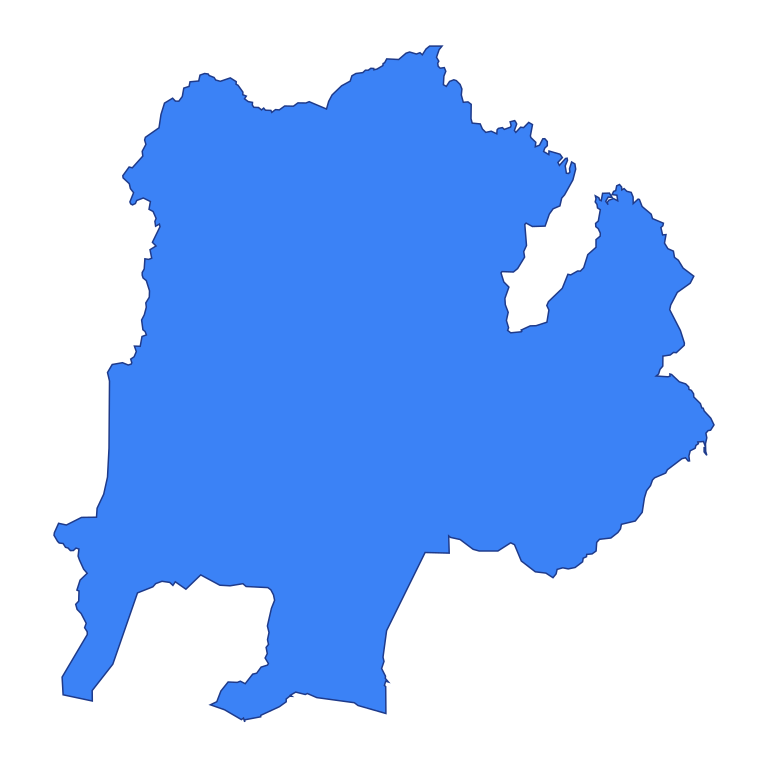 Mineral del Chico, Hidalgo, Mexico (Natural Earth projection)
{"feature_id": "50627088B7375180759148", "entity_name": "Mineral del Chico", "entity_type": "district", "adm_level": 2, "iso_a3": "MEX", "parent_name": "Mexico", "parent_adm1": "Hidalgo", "projection": "natural_earth1", "projection_center": [-98.75, 20.22], "detail": "fine", "context": "isolated", "style": "filled", "palette": "blue", "viewbox_px": 768, "rotation_deg": 0, "n_neighbors": 0, "source": "geoboundaries", "source_scale": "gbopen_adm2", "svg_char_len": 6034}
<svg xmlns="http://www.w3.org/2000/svg" viewBox="0 0 768 768"><path d="M144.9,258.8L144.2,269.0L142.2,272.5L142.2,275.2L143.1,278.0L146.3,280.6L149.5,290.8L149.3,297.2L145.8,302.9L146.3,307.2L144.3,314.8L141.6,320.0L142.9,329.7L145.1,331.5L146.4,334.9L142.0,336.5L140.2,346.3L134.4,346.1L136.3,351.6L134.1,356.8L130.7,359.1L131.8,362.7L131.2,364.1L128.2,365.0L122.5,362.7L112.2,364.5L107.5,372.5L109.5,381.0L109.0,448.2L107.5,477.1L103.7,494.2L97.1,508.2L96.5,517.2L81.5,517.4L66.4,525.0L58.6,523.3L54.4,532.6L54.0,535.3L57.6,541.4L59.2,543.0L63.1,543.5L65.5,547.3L68.0,548.0L70.4,550.6L73.4,550.5L76.0,548.1L78.9,549.0L78.1,556.1L79.5,560.1L83.6,569.1L87.2,573.3L80.1,580.1L76.9,590.1L79.0,591.0L78.7,601.1L75.7,604.3L77.1,609.4L81.1,613.5L86.2,623.3L84.6,627.7L87.2,631.7L87.3,634.5L62.1,677.1L63.1,694.8L92.3,701.0L92.2,690.5L112.8,664.2L137.5,592.9L152.9,586.8L155.7,583.6L162.0,581.3L169.7,582.4L172.9,585.4L175.3,581.8L185.9,589.2L200.7,574.9L219.8,585.2L230.1,585.8L242.9,583.7L246.1,586.5L267.9,587.6L270.9,589.9L273.5,594.9L274.6,600.3L271.4,608.4L267.4,626.0L269.0,632.5L267.5,639.7L268.5,644.4L266.1,647.4L267.3,653.6L265.1,658.0L268.4,663.5L267.5,665.1L261.1,667.1L256.7,673.2L252.7,674.1L245.2,683.7L240.3,681.2L237.3,682.4L228.1,682.0L220.9,691.0L216.8,701.7L210.4,704.8L224.6,709.8L241.4,719.6L243.5,718.1L244.7,721.9L244.8,719.8L260.7,716.8L260.8,715.3L279.4,706.7L286.2,701.8L286.2,699.0L289.7,696.2L291.9,696.3L290.4,695.2L295.7,692.1L305.3,694.5L307.3,693.5L316.8,697.6L354.3,702.7L358.0,705.5L385.9,713.5L385.7,686.6L384.4,685.4L385.7,681.2L388.4,682.0L385.3,678.4L385.5,676.2L381.6,668.5L384.0,661.4L383.0,657.2L386.6,630.6L425.1,552.5L449.2,553.1L448.7,535.9L450.5,537.4L460.1,539.5L473.1,549.3L479.2,551.0L497.9,551.0L510.7,542.8L514.5,544.7L521.3,561.0L535.3,571.8L545.9,573.1L553.0,577.7L556.1,573.9L557.1,569.4L562.8,567.8L568.2,568.9L575.1,567.5L582.6,561.8L583.2,558.2L586.5,556.7L586.7,554.4L592.1,553.9L596.1,551.0L596.7,542.4L599.5,539.3L610.9,538.0L617.9,532.5L620.5,528.9L621.4,524.3L635.3,521.0L642.2,512.3L644.4,498.0L646.6,490.7L650.5,485.6L652.5,480.0L654.6,477.8L665.7,473.0L667.4,469.7L681.9,458.7L685.5,457.8L688.2,461.0L689.5,460.9L688.9,456.0L690.2,450.8L695.2,448.2L695.9,445.4L698.4,443.7L697.8,442.0L703.5,441.5L705.2,446.2L705.2,447.8L704.1,447.7L704.1,451.9L706.8,455.3L705.7,451.4L705.5,443.7L706.8,437.8L705.9,433.2L708.1,430.6L710.6,430.2L714.0,424.9L710.8,418.2L704.2,411.0L703.2,408.2L701.8,407.9L700.4,403.6L693.8,397.0L693.6,393.8L691.4,390.4L689.0,389.4L688.7,386.9L685.7,383.9L679.3,381.8L671.6,374.5L669.9,374.0L670.0,376.2L668.0,376.8L656.2,376.0L658.6,374.0L660.0,369.4L662.8,366.1L662.9,356.1L670.2,355.0L673.5,352.4L676.3,352.7L684.2,345.3L684.4,343.1L680.4,330.5L669.7,309.7L670.7,305.0L677.3,292.4L690.2,283.2L693.8,276.2L683.1,268.1L678.3,260.2L674.5,257.4L673.4,251.1L667.9,248.7L664.5,243.1L666.0,234.6L662.6,234.9L660.9,227.5L662.9,225.7L663.4,223.2L652.5,218.6L651.2,214.2L642.1,206.5L639.4,199.5L638.1,199.1L633.2,203.6L633.1,197.0L631.2,192.4L626.8,191.3L624.1,188.6L621.8,189.9L621.6,187.0L619.5,184.5L616.7,185.8L615.7,190.6L613.6,191.4L612.1,194.6L616.9,195.2L617.7,200.8L613.6,198.6L608.9,200.2L607.0,202.8L608.2,204.7L605.7,201.3L608.2,197.1L612.1,197.4L609.4,193.1L602.6,193.3L601.2,200.7L599.6,199.9L598.9,197.8L595.3,195.8L596.0,198.9L595.2,201.9L597.0,204.4L597.5,207.9L600.3,209.7L598.3,221.0L595.6,223.4L595.8,226.7L598.2,228.6L600.3,233.1L600.2,236.1L596.0,239.6L596.0,247.3L587.8,254.6L583.7,267.7L580.4,271.1L577.6,271.0L570.7,274.9L567.9,274.3L562.3,288.3L548.5,301.6L546.8,305.5L548.9,310.0L546.9,322.2L536.1,325.7L530.2,325.9L521.2,330.0L521.9,331.0L521.2,331.8L510.7,332.8L507.6,330.4L508.6,327.8L506.4,320.5L508.2,312.3L505.3,304.7L504.9,298.4L508.9,287.1L503.8,281.9L501.0,272.9L502.0,271.6L513.4,272.0L517.6,268.6L524.6,257.1L523.7,251.6L526.5,245.5L524.8,224.4L526.1,223.1L532.4,226.5L545.1,226.1L549.3,214.1L553.1,208.8L559.9,205.9L561.7,198.1L564.6,194.8L572.9,179.9L575.7,169.1L574.9,163.9L571.6,162.0L569.5,168.8L569.9,172.1L568.5,173.5L566.4,173.2L565.2,165.9L567.5,160.3L567.1,158.2L565.5,158.5L559.4,165.4L557.9,162.4L562.4,157.6L560.0,154.2L549.0,151.0L548.8,154.6L543.6,151.5L544.7,148.2L547.3,145.7L547.3,141.5L544.8,138.7L542.8,138.8L539.5,145.2L535.3,146.8L535.8,142.3L530.8,137.5L530.4,135.8L532.5,124.6L528.7,122.4L523.6,127.6L520.6,127.2L515.8,132.4L514.4,130.5L516.7,124.0L515.8,122.2L514.7,120.6L510.1,121.8L511.1,125.4L510.5,127.1L504.3,129.4L502.4,127.6L498.4,128.4L497.1,129.8L496.8,133.8L491.2,131.2L485.8,132.4L482.4,129.0L480.2,123.9L472.2,123.1L471.0,118.7L471.2,104.3L468.0,101.9L463.3,102.3L461.3,95.0L461.9,89.0L460.1,84.4L456.3,80.6L453.8,79.8L449.6,81.4L446.3,86.4L443.4,84.7L443.9,76.1L445.8,71.3L444.3,67.6L440.2,68.2L438.2,66.3L437.7,63.2L438.8,61.2L436.5,57.3L439.1,49.7L442.0,46.1L429.6,46.1L426.1,48.9L422.3,54.8L420.0,52.7L416.4,54.0L409.6,52.0L406.0,53.2L398.7,59.5L386.7,58.9L384.6,62.8L383.1,63.5L382.9,65.6L376.9,69.1L373.9,69.8L373.8,68.5L370.8,68.3L368.3,70.2L365.4,70.2L362.8,72.6L355.9,73.5L351.9,75.8L350.2,81.1L341.6,85.8L332.1,94.9L328.7,101.3L326.5,109.0L309.2,101.7L305.9,103.0L297.9,102.9L293.4,106.2L284.7,106.0L279.3,109.9L275.5,109.6L271.8,112.4L270.9,110.4L265.4,110.2L263.7,108.1L261.5,109.9L258.5,107.5L253.9,107.3L252.3,105.1L252.5,102.4L248.2,101.6L244.5,98.8L246.3,96.1L242.8,94.7L242.9,92.1L238.0,85.2L236.1,84.3L236.2,81.6L230.3,77.9L220.3,81.3L215.7,80.0L214.1,77.5L209.1,75.5L208.2,74.0L204.6,73.5L200.0,75.1L198.7,81.0L190.0,81.8L189.1,86.4L183.8,88.1L182.3,96.5L178.8,101.2L175.4,101.1L172.6,98.2L164.5,103.1L161.0,114.4L159.0,127.8L145.4,137.3L144.6,140.0L145.9,144.4L142.2,151.3L142.8,156.1L132.3,167.8L129.1,167.0L122.8,175.7L123.1,177.9L129.3,183.7L130.4,188.6L133.6,192.7L129.9,201.9L130.7,203.9L132.5,204.9L135.4,203.5L136.7,200.5L143.3,198.0L150.4,201.5L149.0,209.3L153.1,211.5L156.1,218.4L154.9,221.4L155.6,226.2L159.4,224.1L160.0,226.7L152.4,242.3L156.0,246.0L150.0,249.7L151.7,258.2L148.6,259.4L144.9,258.8Z" fill="#3b82f6" stroke="#1e3a8a" stroke-width="1.5"/></svg>